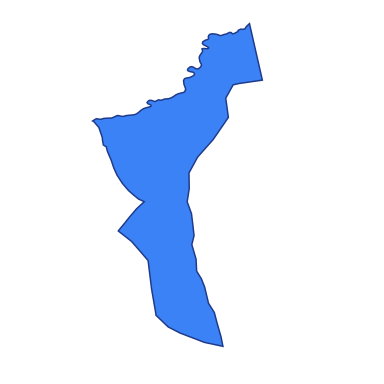 the district of Haraze-Al-Biar, Hadjer-Lamis, Chad, rotated 81°
{"feature_id": "50815135B49730685193773", "entity_name": "Haraze-Al-Biar", "entity_type": "district", "adm_level": 2, "iso_a3": "TCD", "parent_name": "Chad", "parent_adm1": "Hadjer-Lamis", "projection": "robinson", "projection_center": [14.887, 12.589], "detail": "fine", "context": "isolated", "style": "filled", "palette": "blue", "viewbox_px": 384, "rotation_deg": 81, "n_neighbors": 0, "source": "geoboundaries", "source_scale": "gbopen_adm2", "svg_char_len": 3296}
<svg xmlns="http://www.w3.org/2000/svg" viewBox="0 0 384 384"><g transform="rotate(81 192 192)"><path d="M308.2,246.8L321.6,236.6L329.5,225.8L342.5,203.2L349.3,185.6L339.5,186.0L325.7,187.7L314.5,188.8L304.5,193.1L287.7,194.4L279.2,196.3L270.9,199.8L259.0,198.5L243.9,200.4L235.4,196.8L224.5,196.3L213.3,195.9L200.9,198.3L188.2,194.2L172.7,192.0L158.4,181.0L143.5,162.9L124.0,144.4L104.6,144.0L92.6,134.6L92.2,128.9L92.5,105.0L34.7,108.9L35.5,110.1L36.3,111.2L36.9,112.1L37.5,112.8L37.9,113.2L39.1,114.1L39.2,115.3L39.3,116.1L39.1,117.0L39.0,117.5L38.8,118.4L39.5,121.0L40.8,121.8L40.9,122.2L41.2,122.9L41.3,123.4L41.8,124.7L42.1,126.0L42.2,126.8L41.9,127.5L41.1,128.0L40.7,128.3L40.6,128.6L40.4,129.2L40.2,129.7L40.4,130.4L40.7,131.6L41.2,132.9L41.3,133.1L41.4,134.5L41.4,135.4L41.8,137.6L42.0,138.8L41.8,140.4L41.3,140.8L41.0,141.0L40.8,141.6L39.7,144.0L39.3,145.7L38.9,147.2L38.9,148.1L39.0,148.5L39.0,149.6L39.7,150.7L40.9,151.6L41.4,151.6L42.3,151.6L43.0,151.6L43.6,152.2L43.7,152.3L43.8,152.9L43.9,153.4L43.9,153.5L44.3,155.6L44.8,156.7L45.4,157.9L46.9,158.5L47.0,158.5L47.1,158.4L48.2,157.8L48.6,157.3L49.8,155.6L51.5,153.4L52.2,153.0L52.3,153.0L52.8,153.6L52.8,154.4L52.8,155.4L52.0,158.2L52.1,159.5L52.2,159.8L52.4,159.8L53.3,159.5L54.5,159.6L55.0,159.6L58.0,162.5L58.3,162.7L58.4,162.8L60.0,163.8L61.5,163.9L63.7,163.8L64.9,163.7L66.8,162.9L67.0,162.9L68.2,162.8L69.1,163.4L70.1,164.2L71.4,166.7L70.9,168.8L70.4,169.4L69.5,170.5L68.9,171.2L68.1,172.6L68.2,173.2L68.2,174.4L69.2,176.1L69.3,176.3L69.4,176.5L69.7,176.7L70.5,177.3L71.3,177.3L72.6,175.6L73.2,174.0L73.5,173.1L73.9,172.1L75.0,171.3L75.3,171.1L75.6,171.1L76.0,171.1L76.6,171.5L76.9,171.7L77.2,172.3L77.7,173.4L77.8,173.7L78.2,175.0L78.5,176.4L78.5,176.5L78.6,176.8L78.6,179.3L78.6,180.0L78.7,180.8L78.7,181.0L79.3,182.0L79.5,182.1L80.5,182.9L82.2,183.0L83.7,183.0L84.3,183.1L85.8,182.8L86.7,182.6L88.3,182.3L88.8,182.2L89.1,182.2L89.5,182.2L90.7,182.9L91.8,183.5L92.2,184.6L92.3,184.8L92.4,185.5L92.5,187.2L92.8,190.0L93.5,192.7L94.2,194.1L94.6,194.9L95.0,195.9L95.5,197.2L95.7,197.5L95.9,199.0L96.2,200.4L96.1,201.6L95.9,204.8L96.2,206.2L96.6,208.0L96.1,209.5L95.7,210.5L96.7,214.0L96.8,214.1L96.9,214.6L96.4,215.5L95.3,217.3L95.2,217.8L94.8,219.2L95.0,220.0L95.1,220.6L95.7,221.3L96.2,222.0L96.6,222.4L97.7,222.0L98.8,220.3L99.5,219.1L100.0,219.0L100.4,218.9L100.6,218.9L100.8,219.2L101.3,220.1L101.3,220.7L101.6,224.0L102.1,226.9L102.6,227.9L103.4,229.7L105.4,233.0L106.2,234.9L106.4,235.7L106.7,237.2L106.5,239.8L106.2,245.4L106.5,247.0L106.6,247.7L106.4,248.6L106.3,249.7L106.2,249.8L105.8,250.9L105.2,252.2L104.8,253.6L104.8,253.9L106.0,258.2L106.1,258.6L106.4,260.0L106.0,262.7L105.5,267.5L105.7,268.8L105.9,270.3L105.7,272.0L104.7,274.6L104.8,275.1L104.8,275.3L104.9,275.7L105.5,277.2L106.3,279.0L106.7,278.4L107.5,277.7L113.7,273.9L124.1,272.1L126.6,272.3L131.7,272.2L134.1,269.5L135.5,269.5L136.4,269.4L137.4,269.3L139.1,269.1L140.5,268.7L142.3,268.3L146.8,267.1L147.6,266.9L155.9,265.5L163.6,263.4L172.6,259.4L180.6,254.5L185.8,250.2L190.6,245.9L194.1,240.7L200.0,249.5L207.2,257.9L212.7,263.9L218.5,270.5L219.0,270.9L229.2,261.4L231.2,259.6L232.2,258.9L242.9,252.2L248.1,249.0L252.8,246.1L279.0,247.0L280.7,247.1L295.6,246.9L302.8,246.8L308.2,246.8Z" fill="#3b82f6" stroke="#1e3a8a" stroke-width="1.5"/></g></svg>